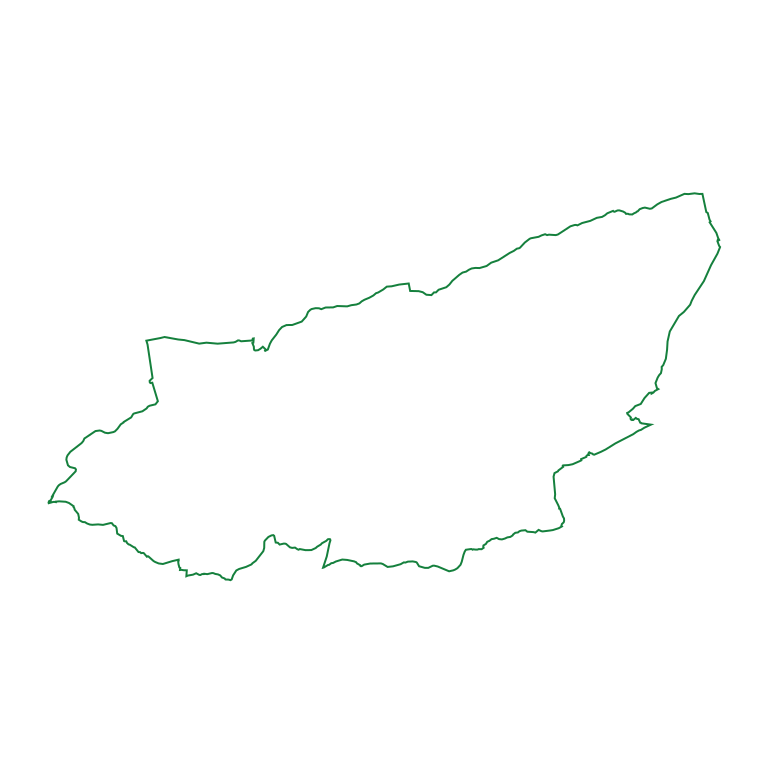 outline of Filipeni, Bacau, Romania, rotated 272°
{"feature_id": "2599482B91029580875305", "entity_name": "Filipeni", "entity_type": "district", "adm_level": 2, "iso_a3": "ROU", "parent_name": "Romania", "parent_adm1": "Bacau", "projection": "natural_earth1", "projection_center": [27.183, 46.544], "detail": "fine", "context": "isolated", "style": "outline", "palette": "green", "viewbox_px": 768, "rotation_deg": 272, "n_neighbors": 0, "source": "geoboundaries", "source_scale": "gbopen_adm2", "svg_char_len": 6118}
<svg xmlns="http://www.w3.org/2000/svg" viewBox="0 0 768 768"><g transform="rotate(272 384 384)"><path d="M247.9,566.8L248.5,566.2L250.3,566.7L252.0,568.4L253.6,568.8L255.9,568.6L257.8,567.4L265.3,564.4L265.6,563.4L266.2,563.6L268.9,562.4L275.8,558.6L279.7,558.9L297.3,556.7L300.9,557.5L302.8,560.9L303.7,561.3L307.4,565.9L308.3,565.4L308.9,565.8L309.4,571.1L310.4,575.3L313.6,582.0L314.6,583.9L315.8,583.6L318.2,588.7L318.9,588.7L320.1,589.8L320.2,591.2L321.8,590.7L322.9,591.5L322.1,592.8L321.7,594.6L320.9,595.5L320.7,596.6L323.7,603.0L326.3,607.8L332.7,617.3L342.6,634.9L345.0,638.0L346.5,640.5L347.1,642.4L349.4,645.7L352.7,652.2L353.7,642.6L354.1,642.3L354.3,641.4L357.7,639.7L358.0,638.0L358.9,636.8L356.7,634.3L356.7,633.7L357.1,633.4L356.7,632.9L357.2,631.9L358.1,631.6L359.2,631.9L362.6,628.3L363.5,628.0L364.3,629.5L367.9,633.6L370.7,635.9L373.0,641.3L379.0,644.8L384.4,649.3L384.8,652.1L383.9,652.0L384.8,653.5L386.5,654.9L388.5,658.3L389.4,656.9L394.4,655.3L400.0,657.3L402.5,658.7L404.5,660.4L408.5,661.1L410.8,660.9L412.6,662.4L419.0,664.8L428.1,665.7L436.4,665.9L446.5,667.8L462.3,676.4L466.5,681.2L473.9,687.2L477.9,688.6L483.8,691.4L498.0,700.1L514.2,706.7L525.9,712.7L532.6,715.1L533.8,714.1L538.4,712.2L538.8,712.7L540.0,712.6L540.1,712.8L539.2,713.4L539.6,714.0L541.4,712.9L546.6,710.9L557.0,703.8L557.9,704.7L559.6,703.6L566.2,701.6L567.1,700.1L585.1,695.6L584.9,692.5L585.4,687.8L584.4,681.6L584.5,677.6L580.5,669.3L579.0,664.0L575.6,655.0L573.1,650.9L568.8,645.5L568.4,643.6L569.4,638.6L568.9,636.4L567.6,633.4L565.4,631.5L565.2,630.8L564.3,629.9L563.2,627.7L562.1,626.2L562.1,623.1L562.6,622.0L562.5,619.9L563.5,619.2L564.7,617.0L565.7,613.2L565.6,611.3L564.2,608.5L564.4,607.5L565.0,606.9L562.4,601.2L560.4,599.0L558.6,596.1L557.5,590.9L554.2,584.4L551.8,576.4L549.3,571.8L549.7,570.3L549.5,568.8L548.1,564.8L539.5,552.6L538.8,550.5L539.0,543.6L538.5,541.8L539.3,539.8L538.0,536.2L536.5,533.4L534.8,525.8L534.2,524.5L530.3,519.8L525.0,515.2L524.4,514.3L523.9,512.1L521.5,509.0L519.4,505.1L511.6,493.8L509.0,486.9L505.5,482.4L503.2,475.4L503.2,471.3L502.5,467.5L501.1,464.8L499.2,462.2L498.1,458.6L495.7,455.4L489.5,448.7L485.7,445.9L482.9,442.9L480.1,435.3L477.4,432.8L477.3,430.8L474.5,428.3L474.7,423.2L477.1,419.5L478.0,415.4L477.9,406.9L485.3,405.2L483.9,395.7L481.9,388.2L481.4,383.4L478.4,379.9L475.2,374.9L474.5,372.9L472.1,370.3L469.7,366.3L467.5,361.5L465.8,358.8L463.7,356.6L462.5,353.7L461.6,348.5L460.3,344.5L460.3,334.5L458.8,330.5L458.4,322.9L456.6,318.7L457.4,316.4L457.4,313.0L456.4,309.1L455.6,307.8L453.3,305.6L448.7,303.9L443.5,299.6L439.8,290.3L439.5,284.5L437.4,280.1L434.2,277.3L429.6,274.6L423.7,270.3L420.3,268.6L414.4,266.7L412.6,263.4L413.7,264.3L414.5,264.4L417.0,261.6L414.9,259.3L413.4,257.0L413.0,254.3L413.3,253.3L414.4,252.8L416.8,252.6L420.3,251.0L420.7,252.0L425.0,252.2L424.8,251.3L422.9,250.8L421.7,239.7L422.4,238.0L422.5,236.6L420.9,234.1L420.3,232.2L418.5,216.3L419.1,205.1L417.9,197.9L420.9,183.0L421.3,176.8L423.3,162.9L422.1,158.8L419.0,145.0L415.2,146.3L381.9,152.5L379.1,149.7L377.7,149.8L376.8,150.5L377.2,152.4L358.9,158.6L355.7,156.3L354.1,150.5L353.0,148.7L351.3,147.6L348.3,143.5L345.8,135.2L345.1,134.3L341.8,132.5L336.9,125.1L336.5,125.1L334.5,122.3L329.9,119.2L327.3,116.8L326.5,115.2L325.2,109.9L325.6,106.8L327.3,103.2L327.6,101.4L326.9,97.3L319.1,86.5L316.4,85.4L314.4,83.8L305.3,72.9L301.6,70.2L299.4,69.4L297.2,69.2L291.7,71.0L290.1,73.0L289.0,78.2L287.9,79.1L286.0,78.9L275.6,69.6L274.6,68.2L272.8,64.3L271.4,62.5L270.1,61.5L260.4,56.4L260.5,57.0L259.7,56.8L256.1,54.9L255.5,55.0L255.4,54.4L255.7,54.2L255.3,53.4L253.9,52.9L253.2,53.1L254.4,56.9L254.7,58.2L254.5,60.2L255.0,60.2L255.4,63.4L255.2,70.0L254.1,73.3L251.0,78.1L250.4,77.9L249.2,78.8L247.5,79.3L243.5,82.9L239.9,83.8L237.7,83.7L236.0,86.6L235.5,88.0L235.5,89.9L234.2,92.2L233.3,94.9L233.1,97.4L233.7,103.2L233.4,108.1L235.5,115.6L235.4,116.9L233.2,118.7L232.6,120.5L230.8,121.7L225.2,122.6L223.1,126.4L222.9,128.3L218.0,129.7L217.7,130.4L217.8,131.9L216.2,132.7L214.8,134.3L214.6,135.4L212.1,139.7L212.0,140.6L207.5,144.5L207.4,146.2L206.5,147.2L206.8,149.1L206.6,149.8L203.1,153.1L203.6,153.8L203.5,154.5L199.0,159.9L198.1,161.6L196.8,165.1L196.4,169.3L199.6,178.6L201.3,184.9L200.2,185.0L199.4,184.5L196.8,184.9L193.5,185.9L193.1,186.8L191.0,186.6L191.2,188.1L190.9,190.0L190.9,193.4L185.0,193.2L185.7,194.7L186.8,199.8L188.3,202.9L186.8,206.0L186.7,207.1L187.7,208.9L187.8,210.8L188.1,210.9L187.8,214.0L189.1,218.8L189.0,220.1L188.3,222.0L187.9,224.8L187.0,227.0L185.0,228.8L184.1,231.5L183.1,232.4L183.1,235.6L182.6,237.4L183.4,238.6L187.5,239.9L192.5,242.9L194.1,245.7L196.4,252.5L199.1,257.9L200.2,258.7L202.8,262.0L212.7,269.2L216.0,270.0L222.1,269.9L223.3,270.4L227.1,273.8L228.7,276.7L229.1,278.6L228.5,279.5L221.8,281.3L221.6,283.5L219.9,285.3L221.0,289.4L221.0,290.9L220.7,291.8L217.5,295.7L217.0,297.9L217.4,300.8L215.9,303.1L215.4,304.4L216.1,305.6L215.2,311.5L215.5,317.2L217.7,321.5L219.0,322.8L221.4,326.5L222.6,327.4L225.3,331.9L226.8,333.2L227.1,334.5L226.9,335.6L225.8,335.9L223.0,335.1L209.6,332.8L198.3,329.5L198.5,330.2L201.2,334.4L201.4,335.5L203.1,337.6L203.4,339.4L204.9,342.0L207.1,348.4L206.9,353.3L205.7,360.3L204.9,362.4L203.8,363.2L202.0,366.6L201.3,366.8L201.1,367.3L201.2,368.1L202.8,370.5L204.1,376.5L204.6,387.2L204.1,389.0L201.3,394.0L202.1,399.4L204.5,406.9L206.4,410.0L206.3,411.7L207.3,414.0L207.7,418.9L207.2,422.1L206.7,423.0L203.1,425.4L201.7,431.1L201.8,434.7L204.1,439.1L204.2,440.5L203.5,444.0L199.1,455.6L200.2,459.8L201.1,461.7L202.5,463.8L206.0,466.8L209.1,467.9L216.0,469.4L219.3,470.5L221.2,471.6L222.0,476.1L222.1,477.3L221.5,478.3L221.9,479.0L221.7,481.3L221.8,483.3L222.3,484.4L222.3,487.3L223.8,489.3L224.9,488.9L226.1,489.0L227.7,491.4L229.9,492.7L231.0,494.9L232.7,496.9L233.2,499.3L234.2,502.0L233.0,504.4L232.8,507.3L233.8,510.3L235.0,512.6L235.6,515.6L237.2,517.9L238.0,518.2L239.9,520.4L240.3,523.0L241.6,524.5L242.3,526.4L242.8,530.5L241.4,532.4L241.2,538.5L240.8,540.5L243.6,543.6L242.4,546.4L242.2,547.7L243.3,554.6L243.9,557.8L246.0,563.7L247.9,566.8Z" fill="none" stroke="#15803d" stroke-width="2"/></g></svg>